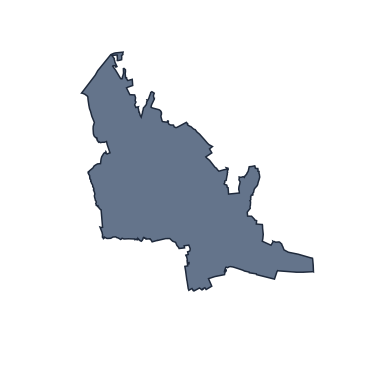 Hiliseu-Horia, Botosani, Romania (Mercator projection), rotated 30°
{"feature_id": "2599482B53241690354828", "entity_name": "Hiliseu-Horia", "entity_type": "district", "adm_level": 2, "iso_a3": "ROU", "parent_name": "Romania", "parent_adm1": "Botosani", "projection": "mercator", "projection_center": [26.289, 48.015], "detail": "fine", "context": "isolated", "style": "filled", "palette": "slate", "viewbox_px": 384, "rotation_deg": 30, "n_neighbors": 0, "source": "geoboundaries", "source_scale": "gbopen_adm2", "svg_char_len": 6000}
<svg xmlns="http://www.w3.org/2000/svg" viewBox="0 0 384 384"><g transform="rotate(30 192 192)"><path d="M254.1,253.8L261.5,247.3L260.7,245.2L261.0,244.0L261.0,243.0L260.6,242.4L260.2,242.3L260.0,242.6L259.6,243.7L259.2,242.2L259.2,241.7L258.9,240.4L259.2,240.0L260.7,239.7L261.4,238.3L262.5,237.4L265.1,236.4L269.6,235.4L275.1,234.3L277.0,234.2L281.5,232.8L282.0,233.3L288.7,230.7L289.2,231.3L307.0,226.2L305.4,218.5L305.5,217.2L306.4,217.0L322.6,209.2L328.0,206.1L336.8,200.4L337.1,200.4L333.5,194.7L330.2,190.0L329.1,188.7L329.2,189.1L327.6,189.7L315.0,192.8L305.5,196.0L304.6,196.0L300.6,196.1L297.6,193.7L296.5,193.1L295.9,192.3L292.9,191.6L292.2,191.8L289.5,193.7L288.2,193.7L287.3,194.2L286.7,194.2L287.1,194.6L287.0,198.6L277.5,199.5L276.6,196.9L274.9,193.1L271.2,188.0L269.9,185.9L269.2,185.0L263.7,187.6L262.3,184.5L260.3,184.9L259.8,184.4L255.7,183.2L252.2,185.1L249.9,181.8L250.6,177.0L249.9,176.2L249.3,175.1L249.3,174.5L247.8,171.5L247.3,170.9L246.5,170.6L246.8,169.4L246.0,168.1L245.7,167.9L245.6,167.1L245.1,166.8L245.1,165.6L244.9,165.0L245.0,164.8L245.8,164.6L246.2,164.2L246.1,163.9L245.4,163.2L245.3,162.7L245.5,161.5L244.9,159.9L244.5,158.4L244.6,157.2L245.2,154.4L245.2,152.9L244.4,150.3L243.9,147.8L243.2,145.2L241.4,142.9L240.7,142.4L239.8,140.7L238.8,141.1L237.7,139.2L237.3,138.8L236.7,139.3L236.5,139.1L235.1,139.8L233.6,138.2L233.4,138.4L233.1,138.1L231.0,140.0L228.9,141.5L230.3,146.0L230.2,148.2L230.4,149.2L229.8,151.9L230.0,153.2L228.7,153.1L227.0,154.9L225.3,155.4L226.0,156.5L226.6,158.0L228.6,159.1L229.5,161.8L230.0,163.9L230.7,165.5L231.3,166.6L232.5,167.7L233.5,169.2L224.7,175.5L221.1,170.2L220.2,170.4L218.8,168.7L218.1,168.7L216.6,169.1L215.7,168.9L215.7,167.5L215.0,166.5L215.0,166.2L215.0,165.7L215.6,165.2L215.8,164.6L215.4,163.9L214.1,160.3L213.8,159.1L213.1,158.0L213.0,157.1L212.2,156.3L212.0,155.9L212.1,154.9L212.0,154.2L211.3,153.4L209.5,153.9L210.7,154.6L210.5,155.1L208.4,156.9L204.9,160.5L202.8,160.0L201.4,159.2L199.5,159.1L191.4,155.8L187.8,155.2L186.4,154.7L189.6,148.2L185.6,145.9L187.0,142.4L182.9,142.5L180.7,141.9L176.8,140.5L169.5,138.1L166.4,137.6L163.6,136.4L161.9,136.7L158.2,135.9L157.4,136.2L154.6,136.1L154.4,136.0L154.3,135.3L154.1,135.0L153.0,134.8L152.3,134.5L148.2,141.1L146.6,143.6L145.9,144.3L144.0,144.5L142.5,143.3L139.9,144.7L138.0,144.8L136.4,143.6L136.3,142.8L136.2,142.5L135.6,142.4L135.3,142.7L135.6,144.0L131.4,145.7L130.8,145.6L127.5,142.4L126.8,141.0L126.7,140.0L126.1,138.9L125.9,139.0L125.3,138.0L124.6,137.8L124.2,137.4L122.4,137.2L115.7,139.0L114.3,139.1L114.0,138.8L113.4,136.8L112.9,130.4L112.8,130.2L112.7,130.4L110.9,128.5L110.3,127.5L109.9,125.3L107.1,125.2L106.5,126.5L107.0,128.0L107.1,129.4L107.8,132.6L107.8,134.8L107.6,135.1L107.4,134.6L106.9,134.8L107.8,135.6L107.7,136.7L108.5,138.1L108.5,138.6L108.8,139.2L108.4,140.5L108.5,141.6L108.1,142.5L107.9,143.5L108.8,145.9L108.9,146.9L109.7,148.6L109.9,150.1L110.6,152.6L109.0,151.7L106.4,149.2L106.1,149.4L104.3,147.1L103.2,146.1L103.0,145.0L102.8,145.2L102.7,145.5L102.0,145.8L101.7,146.4L101.0,146.9L100.8,146.5L98.9,145.4L98.7,145.0L98.5,142.1L97.2,141.5L96.0,138.6L93.8,136.6L89.5,138.8L83.2,134.6L84.2,133.1L87.4,129.4L83.9,124.3L80.7,127.6L80.2,127.5L79.0,126.6L78.2,126.4L78.1,125.8L77.3,126.1L75.0,123.0L74.2,121.0L73.2,119.4L71.3,119.0L70.9,119.5L73.3,123.3L74.0,125.8L74.1,126.9L74.8,128.2L74.5,128.7L74.6,129.1L73.9,129.1L73.5,129.5L64.9,124.7L60.4,122.7L60.5,122.1L61.9,121.2L63.6,121.9L64.3,120.9L60.3,118.1L59.4,117.0L58.1,115.9L58.0,115.3L54.5,113.9L57.8,111.3L58.9,110.8L59.2,111.3L59.6,112.4L60.3,113.0L61.5,115.5L62.1,115.3L64.4,113.2L64.9,112.6L63.7,110.3L62.8,109.2L62.9,108.6L63.3,108.1L63.4,107.4L62.8,106.7L62.4,105.3L56.2,109.8L55.1,110.8L53.0,113.6L49.7,134.1L49.8,139.2L46.9,161.6L48.0,161.2L50.2,160.9L53.5,161.3L54.2,161.7L55.8,164.0L59.1,168.2L61.6,171.1L63.7,172.8L67.4,176.5L72.7,180.6L73.6,184.5L74.8,186.8L77.6,191.0L79.2,192.4L81.4,193.1L82.3,192.6L83.0,193.2L82.7,193.3L82.8,193.5L83.1,193.6L83.7,194.3L84.5,194.9L85.1,194.9L85.5,195.3L86.4,195.6L86.9,194.9L87.9,195.1L89.7,193.6L91.1,192.9L92.7,191.0L94.8,193.3L101.4,199.1L100.0,200.7L99.8,201.3L99.1,201.6L97.9,201.6L97.8,200.5L97.3,200.2L97.4,200.6L96.3,202.6L96.2,206.7L96.8,209.0L98.6,213.2L96.1,214.9L95.0,216.8L94.2,218.5L94.2,220.6L92.5,225.3L92.7,226.0L92.1,226.3L92.1,226.7L92.7,227.2L92.6,227.5L93.9,228.4L95.1,229.0L96.8,231.4L97.2,231.8L97.9,231.9L98.8,232.8L99.1,233.6L99.7,233.7L100.7,234.7L102.1,235.4L102.7,235.9L103.4,237.1L104.2,237.3L105.6,238.5L105.6,239.5L106.2,239.7L106.8,240.4L107.1,240.4L108.8,242.2L109.2,243.4L109.3,244.1L110.2,245.2L111.7,246.6L112.4,247.5L113.3,247.8L114.3,248.7L114.3,249.4L114.5,250.3L115.2,250.6L115.8,251.5L116.3,251.5L117.3,250.9L117.7,251.8L118.6,251.7L119.2,252.2L120.3,252.6L121.6,253.0L122.2,252.9L132.2,267.3L131.0,268.2L129.9,268.4L134.6,272.2L135.0,272.8L136.0,273.8L136.4,274.9L137.1,276.0L137.8,276.1L138.6,276.7L139.0,275.7L138.6,274.9L141.4,274.8L142.2,274.4L144.8,272.7L146.0,270.6L148.3,269.0L149.8,269.1L150.5,268.8L151.9,268.7L153.9,268.8L154.5,267.7L154.4,267.3L154.7,267.0L156.6,266.7L160.3,264.3L165.8,261.4L166.1,261.4L166.5,261.8L166.8,261.2L167.8,260.3L168.4,260.9L169.4,260.0L168.9,259.4L171.4,260.1L172.7,260.0L173.1,258.6L173.0,257.2L172.7,255.9L172.9,255.4L173.7,255.3L174.1,255.7L175.2,255.2L175.7,255.8L179.0,253.5L179.4,253.9L179.6,253.8L180.5,254.0L182.4,255.1L186.2,251.2L186.3,251.3L192.4,245.6L196.0,243.4L199.8,244.3L203.0,243.8L205.6,245.8L207.9,246.6L209.1,247.4L213.5,244.1L212.1,242.5L215.8,239.6L218.9,242.1L219.5,243.8L219.5,244.4L218.1,246.0L220.0,248.0L218.2,249.8L218.5,250.1L218.8,249.8L221.3,252.4L222.3,253.8L222.1,254.0L223.3,255.6L224.7,254.6L225.3,255.8L224.2,256.8L225.2,258.1L223.0,260.0L225.9,263.5L231.6,270.9L232.3,271.6L237.0,277.5L238.4,278.7L240.2,275.6L242.2,276.7L242.6,276.3L243.2,276.7L246.5,271.4L249.6,271.8L250.3,270.4L249.9,270.2L251.0,268.5L253.0,269.4L256.2,263.7L249.6,258.8L254.1,253.8Z" fill="#64748b" stroke="#1e293b" stroke-width="1.5"/></g></svg>